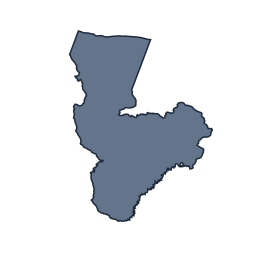 the district of Goianésia do Pará, Pará, Brazil, rotated 110°
{"feature_id": "56859067B9668801221635", "entity_name": "Goianésia do Pará", "entity_type": "district", "adm_level": 2, "iso_a3": "BRA", "parent_name": "Brazil", "parent_adm1": "Pará", "projection": "robinson", "projection_center": [-48.924, -4.018], "detail": "fine", "context": "isolated", "style": "filled", "palette": "slate", "viewbox_px": 256, "rotation_deg": 110, "n_neighbors": 0, "source": "geoboundaries", "source_scale": "gbopen_adm2", "svg_char_len": 5829}
<svg xmlns="http://www.w3.org/2000/svg" viewBox="0 0 256 256"><g transform="rotate(110 128 128)"><path d="M37.2,137.0L37.8,139.1L38.7,147.4L40.0,152.8L42.9,162.9L43.6,164.4L44.4,167.6L47.4,174.4L49.3,178.0L50.2,181.1L50.2,184.3L52.4,189.4L52.4,190.4L51.5,192.2L51.5,192.9L52.0,193.9L52.3,197.4L53.0,200.1L53.8,202.2L53.6,204.5L53.8,207.8L79.1,208.0L79.3,207.3L79.8,206.6L81.4,205.6L83.2,203.5L84.6,200.6L87.1,197.6L87.6,197.1L88.8,197.2L89.3,196.9L91.1,195.6L92.1,194.2L92.7,192.6L93.5,192.2L96.3,192.9L97.5,195.5L97.9,195.2L99.6,191.9L100.7,191.6L100.9,190.8L100.5,190.2L98.6,189.0L99.0,188.5L102.2,185.6L103.7,185.6L107.0,183.6L108.1,182.3L108.7,180.7L109.5,180.5L110.4,178.6L110.8,178.3L111.5,178.3L111.9,178.6L112.6,178.1L113.4,178.6L114.3,178.8L115.2,178.3L116.6,178.8L117.8,178.1L119.9,178.0L120.7,178.7L122.2,179.1L123.8,180.6L123.8,182.2L123.4,184.1L123.8,185.9L125.9,186.4L127.4,186.1L128.1,184.9L128.8,184.7L129.5,185.2L130.0,185.1L131.9,184.2L132.6,183.4L133.3,183.1L134.7,183.0L135.9,182.6L137.1,182.7L138.0,181.2L139.4,180.4L139.9,179.9L141.2,179.4L141.5,178.7L145.0,176.2L145.8,176.3L146.5,175.9L148.7,176.1L150.0,174.0L151.8,172.3L152.6,170.9L154.4,169.0L155.3,168.2L157.6,167.3L158.7,167.5L159.5,166.8L159.7,164.7L161.1,163.2L161.3,160.1L161.9,157.9L161.9,155.8L162.1,155.2L163.2,153.6L163.5,149.1L163.9,148.6L165.0,148.0L165.9,146.7L166.5,145.3L167.3,144.6L167.7,143.5L167.7,141.9L167.1,140.5L168.2,140.4L168.9,141.4L168.7,142.2L169.0,142.7L170.3,143.3L170.1,143.8L170.6,144.1L171.8,144.3L172.5,145.3L173.1,145.4L173.5,145.1L173.6,143.8L174.0,143.8L174.3,144.3L175.1,144.8L175.9,144.7L176.4,144.9L176.6,145.8L177.9,146.7L178.4,146.6L178.8,145.0L179.3,145.0L180.1,145.9L180.6,144.7L181.1,144.8L181.2,146.0L181.6,146.8L182.7,147.9L183.6,147.5L183.9,146.8L184.4,146.4L186.0,146.3L188.6,145.1L192.3,141.9L193.6,141.3L197.5,138.6L198.8,138.7L199.8,138.1L201.3,137.6L203.6,137.5L204.5,136.7L207.2,136.9L207.8,137.6L208.3,137.8L209.2,136.3L210.9,134.3L211.4,132.8L212.7,130.5L215.9,127.9L216.4,126.8L216.4,125.7L217.0,124.5L217.0,123.6L216.5,122.6L217.0,121.5L216.5,119.9L216.4,119.3L216.7,118.3L216.5,117.7L216.7,116.0L217.7,114.9L218.1,114.7L218.5,113.8L218.3,113.3L218.7,113.0L218.4,112.6L218.6,112.0L218.5,110.2L218.3,109.9L218.1,108.2L218.3,107.1L218.7,106.2L218.8,105.0L218.1,104.9L218.2,104.4L217.6,103.2L217.7,101.8L216.7,99.8L215.6,98.7L215.9,97.9L214.4,96.3L213.7,96.7L213.9,95.0L213.3,95.3L212.8,95.2L212.3,95.5L211.4,95.4L210.7,94.7L210.7,94.0L209.9,94.5L209.1,93.8L208.6,93.6L208.0,93.8L207.2,93.2L207.9,92.6L206.7,92.7L206.4,93.1L205.7,92.5L204.8,93.1L204.7,93.7L205.7,93.4L205.9,93.9L205.2,94.4L204.3,94.4L204.1,93.4L203.6,93.4L203.4,93.8L203.5,94.4L202.3,95.0L202.1,94.5L201.3,94.0L201.5,95.3L200.7,95.7L199.7,95.4L200.5,94.8L200.3,94.4L199.5,94.2L197.6,94.4L197.2,94.1L197.5,93.7L197.1,93.1L195.3,93.0L194.9,92.3L194.5,92.8L194.9,93.9L194.3,94.2L193.5,92.9L193.1,92.8L192.6,93.3L192.3,92.7L191.9,92.4L191.4,92.8L190.8,92.7L189.1,93.2L189.2,93.7L188.4,93.6L188.1,94.1L187.7,93.8L187.6,93.2L186.9,92.9L186.4,93.2L185.3,92.3L185.2,91.9L185.7,91.7L185.4,91.2L185.1,90.6L184.0,89.8L184.4,89.3L183.1,89.5L181.7,87.9L181.2,88.2L179.7,88.0L178.4,88.6L178.8,87.2L178.5,86.5L177.5,86.3L178.0,85.3L177.5,85.0L177.0,85.0L176.6,85.3L176.5,85.9L176.0,85.8L176.0,85.3L175.5,84.8L175.4,84.1L175.9,83.7L175.5,83.3L174.4,83.3L173.9,83.5L173.5,84.0L173.8,84.4L173.0,84.9L172.4,84.9L172.1,83.5L171.4,83.9L170.5,83.3L168.8,84.3L169.3,82.5L170.1,81.9L169.8,81.5L168.7,81.8L168.1,81.6L168.2,80.9L167.3,80.4L166.6,81.4L166.2,80.8L166.2,79.5L165.7,78.9L165.6,79.6L164.6,79.9L164.0,79.6L163.9,79.0L163.4,78.7L162.1,78.9L161.3,78.7L160.9,80.5L160.5,80.5L160.3,79.7L160.6,78.8L157.9,78.6L158.3,77.3L156.3,77.6L155.9,76.6L154.9,76.7L153.2,77.2L152.5,77.0L152.1,76.8L152.2,76.3L153.7,75.5L152.4,74.7L152.9,73.6L152.7,73.1L151.7,73.2L150.9,73.6L150.1,73.5L149.1,72.7L149.2,72.1L149.8,71.8L149.8,71.2L148.0,70.4L146.0,71.2L145.2,70.4L145.0,69.3L145.2,68.7L146.3,67.6L146.7,66.5L146.6,65.8L145.8,63.9L145.4,64.5L145.2,66.4L143.0,66.4L142.4,65.9L142.2,65.1L142.4,64.6L143.9,63.4L144.7,63.8L145.0,63.1L144.5,61.8L143.5,61.6L144.0,59.3L143.1,58.1L143.0,57.4L145.3,55.8L144.4,54.2L143.2,53.2L141.8,54.3L141.1,54.4L138.4,53.0L135.6,52.7L134.5,53.2L134.1,53.1L133.1,52.2L132.0,50.5L130.9,49.5L129.4,49.1L124.7,48.9L122.0,49.7L121.5,52.6L121.5,53.4L120.7,56.9L120.3,57.3L119.5,57.3L118.3,56.5L117.7,56.5L116.3,57.3L113.8,55.7L112.8,55.6L111.5,54.8L110.6,53.5L109.3,50.4L108.3,49.1L106.9,48.2L105.7,48.0L103.4,48.5L101.1,48.0L100.5,48.4L100.0,49.3L101.0,52.2L100.4,53.4L99.7,53.5L98.1,55.3L98.0,56.5L97.5,57.6L96.9,58.5L95.7,58.1L94.6,58.6L94.3,59.2L93.7,59.6L93.0,59.6L92.8,60.6L92.3,61.0L92.2,61.9L91.3,63.1L89.2,63.4L88.6,64.4L88.6,68.6L87.9,72.0L86.5,74.6L86.1,76.2L86.3,79.6L86.9,81.6L86.7,82.3L85.7,83.7L85.4,84.8L85.5,85.9L86.8,88.7L88.1,89.5L89.5,89.7L89.8,88.9L90.9,88.9L92.1,89.3L92.9,90.7L94.4,91.6L95.9,91.6L96.2,90.7L96.7,90.6L98.4,90.9L98.8,91.2L99.3,92.5L99.5,95.7L100.0,97.0L101.5,97.4L102.6,96.8L103.1,96.9L103.6,97.5L104.8,97.1L105.6,97.1L106.3,97.8L106.7,98.8L106.0,100.0L105.6,102.6L104.9,103.3L104.5,104.8L104.7,106.1L105.8,108.4L105.4,108.9L105.5,109.5L106.3,110.2L106.4,111.9L107.1,113.1L106.7,114.4L107.1,114.7L107.2,115.1L108.6,114.9L109.6,115.7L109.4,116.9L110.1,117.6L109.8,119.0L110.5,119.7L110.5,120.8L111.0,121.2L111.6,121.3L112.3,121.9L112.7,122.5L112.3,123.6L112.7,124.0L114.5,123.6L115.6,124.4L115.1,128.3L115.2,129.2L116.3,129.1L116.4,130.6L115.3,132.1L115.2,132.7L115.7,134.6L116.7,136.4L117.5,136.4L117.7,137.3L118.7,138.8L119.0,141.0L118.4,141.4L116.4,140.7L114.6,141.9L114.0,141.6L111.6,138.4L110.5,138.0L109.6,137.1L108.6,133.3L106.9,130.4L104.4,128.4L99.3,129.9L97.4,131.9L96.8,133.3L95.1,135.5L93.8,136.0L92.3,136.3L91.3,137.6L37.2,137.0Z" fill="#64748b" stroke="#1e293b" stroke-width="1.5"/></g></svg>